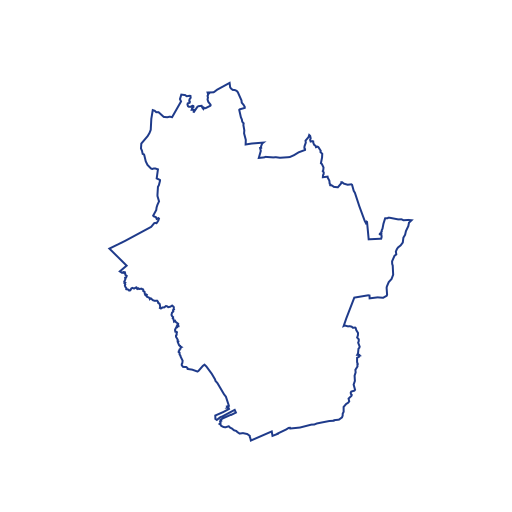 the district of Leleasca, Olt, Romania, rotated 138°
{"feature_id": "2599482B75677688782662", "entity_name": "Leleasca", "entity_type": "district", "adm_level": 2, "iso_a3": "ROU", "parent_name": "Romania", "parent_adm1": "Olt", "projection": "albers", "projection_center": [24.447, 44.768], "detail": "fine", "context": "isolated", "style": "outline", "palette": "blue", "viewbox_px": 512, "rotation_deg": 138, "n_neighbors": 0, "source": "geoboundaries", "source_scale": "gbopen_adm2", "svg_char_len": 6139}
<svg xmlns="http://www.w3.org/2000/svg" viewBox="0 0 512 512"><g transform="rotate(138 256 256)"><path d="M360.0,359.6L358.6,335.4L367.5,335.7L366.8,333.1L365.9,332.5L365.3,332.8L364.3,331.7L364.6,331.1L365.3,331.1L365.1,330.3L365.7,329.2L365.4,327.7L367.0,326.9L367.8,327.4L368.7,326.1L371.2,325.0L371.0,323.7L372.0,323.7L372.1,322.4L373.3,321.7L373.8,320.2L373.9,318.7L374.6,318.1L373.3,316.3L373.4,315.2L372.4,314.6L370.3,315.3L369.2,315.0L368.4,313.4L365.9,312.8L365.8,312.3L366.3,311.7L366.3,310.9L365.0,310.6L365.0,309.7L362.9,308.3L362.9,307.7L362.3,307.0L362.5,306.1L363.2,305.5L362.8,303.9L363.9,302.4L364.4,301.0L364.2,300.6L363.3,300.8L363.1,300.1L364.2,299.6L364.3,298.6L363.4,296.8L363.4,295.5L363.7,295.0L362.5,294.9L362.2,292.1L361.2,290.4L359.4,289.0L359.4,287.8L360.1,286.6L360.0,285.9L359.6,285.5L359.7,284.7L361.3,282.2L362.2,281.7L361.8,280.6L359.7,280.2L358.6,279.2L356.4,279.1L355.6,277.8L355.5,276.7L353.5,275.6L351.5,275.3L351.2,273.4L351.6,272.6L352.6,271.7L352.7,271.2L353.9,271.3L354.6,270.1L356.3,270.1L358.2,268.8L358.6,267.6L358.5,266.0L359.6,265.4L359.5,264.4L360.8,262.1L359.5,261.9L359.8,260.9L359.2,257.7L359.8,257.3L360.6,257.3L360.2,256.3L360.6,255.7L361.1,256.1L361.8,255.9L361.8,256.6L362.2,256.6L365.3,255.5L365.9,254.9L366.6,253.7L365.7,252.7L365.8,252.2L366.9,251.5L367.7,250.5L368.6,250.5L369.5,249.5L370.2,246.2L371.2,245.3L370.9,244.5L371.8,244.2L372.9,241.0L372.5,240.0L372.8,239.6L372.4,238.2L373.0,238.4L374.2,237.6L375.4,237.7L376.0,237.1L377.2,236.9L377.8,236.3L377.5,235.3L378.7,233.9L378.8,232.6L379.3,231.8L380.6,227.3L382.3,225.8L383.6,225.3L384.3,224.4L384.4,222.4L382.1,220.1L381.9,218.6L382.4,217.8L379.5,214.3L376.8,209.3L375.7,209.1L369.0,209.9L367.0,209.7L366.8,207.1L367.7,198.1L369.0,191.7L369.7,190.3L369.7,187.4L372.3,174.6L372.5,171.6L376.4,162.8L378.2,163.6L378.4,162.6L379.0,162.6L378.0,161.6L378.4,160.4L384.6,161.9L393.0,164.7L395.2,162.1L394.8,160.4L390.4,160.1L388.4,159.3L374.8,155.9L375.7,153.1L380.7,154.5L380.8,154.8L389.2,157.5L391.8,158.0L392.1,156.8L393.3,157.2L394.0,155.6L395.5,155.6L395.2,154.4L395.5,153.0L394.6,150.7L393.4,149.2L390.2,147.7L390.1,145.8L389.3,143.8L389.0,141.3L387.7,139.1L387.7,137.8L387.0,135.0L384.2,133.1L381.6,129.5L381.0,126.5L381.9,125.3L382.1,124.4L383.3,122.3L361.7,115.1L364.1,111.3L358.9,109.3L358.8,109.6L349.7,106.9L346.8,106.4L345.7,105.6L346.0,104.9L345.6,104.6L338.1,99.1L327.6,93.6L325.5,91.8L322.8,90.8L318.4,88.2L311.9,84.3L308.4,81.5L307.8,81.7L303.9,78.9L300.1,78.5L298.4,79.4L297.1,80.8L295.1,81.6L291.9,85.2L288.1,85.7L285.6,85.3L284.0,85.6L282.6,88.1L278.7,88.2L277.8,88.7L277.8,90.0L277.0,91.1L275.9,91.5L273.0,90.1L271.9,90.3L269.5,95.1L266.1,97.0L262.8,101.1L259.9,102.8L258.3,104.9L254.5,106.0L253.0,107.8L252.6,107.7L251.9,109.5L249.0,112.7L246.8,112.2L246.3,112.8L245.6,112.5L245.7,113.0L245.4,113.4L246.9,114.8L245.3,115.4L241.9,118.5L240.5,118.7L239.6,119.3L238.1,123.2L236.6,124.0L235.4,125.3L235.4,127.7L233.3,128.9L231.7,130.5L231.1,133.8L230.1,135.8L230.2,136.5L232.0,137.8L232.2,139.5L233.4,141.2L234.7,142.1L236.5,144.9L237.7,145.3L230.5,149.3L210.8,159.3L198.9,151.7L198.1,150.7L199.9,148.5L193.3,143.9L189.5,139.9L185.5,139.0L184.5,139.5L180.2,145.0L179.1,145.8L174.8,147.8L170.7,148.2L166.6,150.3L160.8,157.4L160.1,159.0L158.4,161.0L152.9,163.5L150.7,163.3L149.1,165.7L146.8,166.8L144.8,167.3L141.4,167.1L137.9,167.8L134.2,171.0L131.0,172.0L127.9,174.2L122.8,176.3L120.0,178.4L116.5,178.5L118.6,180.8L122.5,183.9L123.3,185.9L125.8,188.0L131.0,194.9L132.0,195.9L133.1,196.1L134.8,197.6L139.7,194.7L143.8,191.6L145.4,191.0L146.1,190.1L147.0,190.0L147.7,188.9L148.8,189.7L149.4,189.5L149.4,189.1L148.8,188.5L148.9,187.4L149.9,186.1L151.4,185.1L161.1,193.0L150.7,207.0L150.8,207.5L152.3,207.0L151.7,209.4L145.9,223.9L140.2,236.8L139.8,239.0L137.0,244.6L137.2,245.5L140.2,247.6L142.3,251.0L142.6,253.1L143.2,253.7L143.9,253.0L149.2,252.3L151.9,255.3L152.3,257.4L153.4,258.8L152.8,259.1L152.9,260.4L151.1,262.9L150.3,266.1L149.7,267.1L153.6,269.8L152.0,271.3L151.1,271.5L150.0,272.5L149.7,272.9L149.6,274.4L148.7,274.7L146.6,276.6L145.5,280.3L145.7,281.5L141.0,285.0L138.4,287.6L138.5,290.2L137.5,290.9L136.8,295.2L137.1,296.1L138.6,296.7L138.0,298.0L138.4,299.8L137.6,301.9L136.8,302.9L137.2,303.6L138.8,304.5L138.1,306.1L136.6,306.9L135.4,309.0L135.5,310.3L137.4,309.2L142.0,308.6L143.2,306.9L146.5,305.1L147.8,303.9L148.0,302.6L148.6,302.0L154.9,304.5L160.3,305.5L164.6,306.9L166.0,307.9L172.5,313.0L175.2,316.2L177.1,317.6L182.6,323.3L183.9,323.8L188.3,327.0L182.1,330.9L180.7,333.5L179.8,332.9L179.0,334.0L177.7,334.7L176.0,335.5L174.7,335.4L184.0,342.5L189.1,345.8L185.9,349.1L182.8,355.1L180.6,357.2L177.8,361.7L176.4,362.9L176.5,364.2L176.1,365.5L175.2,366.8L174.4,369.2L170.7,375.8L170.0,375.9L165.3,373.6L164.6,374.3L164.1,376.6L164.0,379.5L162.7,381.3L159.9,389.9L159.9,391.7L160.7,393.5L162.2,395.1L162.5,397.3L162.3,398.7L159.8,402.3L173.6,405.6L177.3,405.9L178.2,406.2L182.6,409.9L182.8,409.5L182.7,409.0L181.3,408.0L183.3,408.5L184.0,407.7L184.9,407.4L185.6,406.0L187.3,404.7L188.3,402.5L188.5,399.2L188.7,398.5L189.4,398.2L194.5,399.6L195.3,400.1L195.5,401.2L196.7,400.6L196.6,402.2L195.9,404.0L198.5,405.8L199.6,406.1L206.5,404.4L205.1,405.4L204.5,406.4L206.0,407.7L204.5,408.6L202.7,408.6L202.2,409.4L202.6,410.1L204.8,410.7L206.1,411.9L206.3,412.8L205.6,414.4L204.6,415.1L202.9,414.3L202.1,414.7L201.8,415.1L201.9,415.9L200.6,416.9L198.7,417.3L197.6,418.8L198.0,419.4L200.6,421.1L201.0,423.0L203.5,425.9L207.5,423.5L208.3,421.0L225.5,415.3L226.8,417.2L229.1,418.5L231.5,421.1L232.2,428.1L233.9,429.6L234.1,431.7L235.1,433.5L242.0,428.0L249.8,420.2L252.8,418.7L256.3,417.6L266.0,416.3L269.5,412.9L270.3,410.5L271.9,407.7L271.3,406.5L271.5,405.8L274.6,400.1L275.7,396.3L275.5,391.3L274.9,390.1L273.7,389.6L272.4,388.6L270.9,386.0L277.9,380.1L276.5,376.8L276.9,376.2L280.8,373.6L282.6,373.0L288.3,367.4L289.1,366.5L291.5,361.5L295.0,360.0L297.4,358.6L299.4,356.9L305.4,354.8L305.5,354.0L304.4,351.8L305.0,350.0L303.2,349.5L303.1,348.7L304.9,347.7L307.5,347.0L308.1,347.0L308.7,348.0L309.7,348.5L314.4,347.8L343.5,354.9L360.0,359.6Z" fill="none" stroke="#1e3a8a" stroke-width="2"/></g></svg>